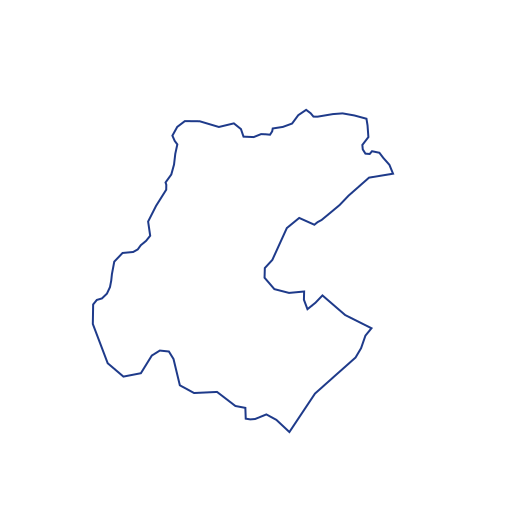 outline of Mātale, rotated 37°
{"feature_id": "LKA-2449", "entity_name": "Mātale", "entity_type": "District", "adm_level": 1, "iso_a3": "LKA", "parent_name": "Sri Lanka", "parent_adm1": "", "projection": "albers", "projection_center": [80.718, 7.7], "detail": "fine", "context": "isolated", "style": "outline", "palette": "blue", "viewbox_px": 512, "rotation_deg": 37, "n_neighbors": 0, "source": "natural_earth", "source_scale": "10m", "svg_char_len": 1417}
<svg xmlns="http://www.w3.org/2000/svg" viewBox="0 0 512 512"><g transform="rotate(37 256 256)"><path d="M261.6,79.9L266.5,84.6L274.2,93.4L274.1,103.3L277.1,106.6L281.8,108.4L285.4,106.1L285.6,102.5L292.4,99.3L298.8,101.1L307.7,102.9L315.9,107.8L299.1,125.4L293.6,152.1L292.1,165.0L286.7,187.8L284.8,191.9L283.8,195.9L267.6,199.6L263.8,215.1L271.4,249.3L270.3,260.3L275.9,268.2L290.6,271.4L304.6,265.6L315.8,255.4L320.6,262.1L329.1,267.5L331.6,257.6L332.8,247.5L362.8,249.5L391.7,244.2L391.3,253.7L395.4,266.4L396.6,277.2L391.2,303.9L385.9,330.4L388.6,376.5L370.9,374.6L359.6,376.3L353.4,386.7L349.8,389.9L345.7,392.1L338.9,383.7L329.8,388.2L306.7,388.0L289.0,402.7L273.0,405.1L252.1,387.9L243.9,384.7L236.1,389.4L232.7,398.2L234.6,418.9L222.7,432.1L202.1,430.9L166.6,408.5L155.1,392.7L155.3,386.9L158.5,382.6L159.6,375.8L158.1,368.7L155.2,362.8L151.8,357.1L146.2,345.8L147.6,333.9L155.5,326.7L157.6,321.9L157.5,316.7L159.1,310.1L159.3,303.5L149.1,293.4L146.0,276.0L144.4,257.1L141.5,253.1L139.5,251.7L139.3,241.9L135.5,232.3L130.0,222.9L126.0,214.2L121.8,213.0L116.8,210.2L115.4,200.3L118.0,191.1L129.9,182.3L148.7,175.3L158.5,163.4L167.6,163.7L174.2,168.2L182.6,162.4L186.7,155.6L190.6,152.9L194.2,150.7L193.9,146.7L192.6,144.1L199.8,136.7L205.1,128.5L205.0,118.1L208.1,109.1L213.7,109.1L218.0,110.1L221.2,107.8L232.0,96.4L239.3,90.0L249.9,84.6L261.6,79.9Z" fill="none" stroke="#1e3a8a" stroke-width="2"/></g></svg>